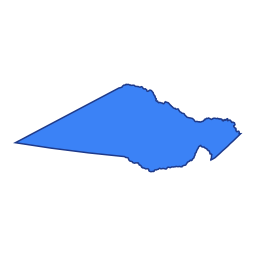 South Imenti, Eastern, Kenya
{"feature_id": "3690345B43224395015109", "entity_name": "South Imenti", "entity_type": "district", "adm_level": 2, "iso_a3": "KEN", "parent_name": "Kenya", "parent_adm1": "Eastern", "projection": "robinson", "projection_center": [37.719, -0.117], "detail": "fine", "context": "isolated", "style": "filled", "palette": "blue", "viewbox_px": 256, "rotation_deg": 0, "n_neighbors": 0, "source": "geoboundaries", "source_scale": "gbopen_adm2", "svg_char_len": 6045}
<svg xmlns="http://www.w3.org/2000/svg" viewBox="0 0 256 256"><path d="M15.4,142.7L51.6,148.2L88.9,152.9L124.6,156.6L125.6,157.4L126.0,157.5L126.7,157.5L127.8,157.8L128.3,158.1L128.4,158.4L128.5,159.0L128.9,159.9L129.5,160.7L129.9,161.0L131.3,161.4L132.3,161.8L132.6,162.2L132.8,162.6L133.2,162.8L134.8,163.2L135.5,162.9L135.9,162.8L136.8,162.9L137.5,162.8L138.0,162.8L138.1,163.3L138.4,163.7L138.8,163.9L139.1,164.4L139.2,164.9L139.5,165.1L140.0,165.1L140.4,165.2L140.8,165.5L141.1,166.0L141.2,166.4L141.8,167.3L142.3,167.3L142.5,167.8L143.1,167.9L143.5,167.9L144.2,168.2L144.8,168.3L145.4,168.8L146.0,168.9L146.4,168.8L146.8,168.7L147.3,168.7L148.2,168.9L148.6,169.3L148.8,169.6L148.8,170.2L149.0,170.8L149.4,171.2L150.3,171.5L150.9,171.7L151.6,171.6L152.0,171.5L152.5,171.4L152.9,171.5L153.4,171.5L153.8,171.4L154.1,171.2L154.3,170.8L154.3,170.4L154.6,170.2L154.9,170.0L155.3,169.8L155.7,169.8L156.0,169.9L156.4,169.9L157.1,169.5L157.8,169.4L158.2,169.3L158.6,169.0L159.0,168.6L159.5,168.3L160.0,168.4L160.7,168.8L161.0,168.8L161.7,168.8L162.7,168.5L163.1,168.5L163.7,168.5L164.1,168.6L165.6,169.0L166.1,169.0L166.5,168.8L167.1,168.0L167.4,167.5L168.2,167.2L168.6,167.2L169.7,167.5L170.1,167.7L170.4,167.6L171.4,167.1L171.9,166.9L173.5,167.0L173.8,167.0L174.2,166.8L175.3,166.8L176.0,166.4L176.6,166.5L177.1,166.6L178.2,166.7L178.9,166.5L179.4,166.4L180.2,166.7L181.1,166.8L181.8,166.8L182.1,166.7L182.1,166.3L182.3,166.1L183.1,165.8L183.6,165.5L184.0,165.4L185.2,165.2L185.7,165.0L186.9,163.1L187.3,162.7L187.4,162.3L187.8,162.0L188.2,161.9L188.5,161.6L189.5,161.2L189.9,160.6L190.2,160.3L190.7,160.2L191.1,160.6L191.5,160.5L191.8,160.2L192.2,160.0L192.3,159.5L192.5,159.0L192.9,158.9L193.2,158.4L193.9,157.9L194.1,157.3L194.1,156.8L194.3,156.3L194.6,155.9L194.9,155.4L195.0,154.9L195.1,154.5L195.1,153.4L195.5,153.0L195.8,152.9L196.2,152.3L196.4,151.6L196.7,150.6L197.3,149.6L197.6,148.9L198.0,148.5L198.2,148.0L198.3,147.6L198.9,146.5L199.5,146.3L200.0,145.7L200.3,145.5L200.7,145.5L200.8,146.0L201.3,146.2L202.1,147.0L202.6,147.0L203.0,147.0L203.4,147.1L204.0,147.0L204.8,147.9L206.0,148.4L206.3,148.7L206.8,148.8L207.0,149.1L207.1,149.5L207.3,149.8L207.8,150.0L208.0,150.5L209.2,150.9L209.4,151.2L209.4,151.5L209.5,151.9L209.9,152.9L209.9,153.4L210.1,153.9L210.6,153.8L210.9,154.1L211.3,154.1L211.6,154.4L211.8,154.7L211.5,155.7L211.5,156.8L211.4,157.9L210.8,159.5L210.9,160.0L211.2,159.8L212.6,159.1L214.0,158.3L215.0,157.7L219.8,153.4L222.5,150.8L224.8,148.8L227.8,146.1L230.0,143.8L233.0,141.1L240.6,133.7L240.3,133.7L239.4,134.0L239.1,133.7L239.1,133.3L239.3,132.8L239.2,132.2L239.0,131.6L238.7,131.2L238.2,131.2L237.6,131.4L237.2,131.7L236.8,131.7L236.5,131.5L236.3,131.0L235.7,129.9L235.9,129.6L236.1,129.2L235.9,128.7L235.8,128.3L235.4,128.1L235.1,128.1L234.9,127.8L234.5,127.5L234.2,127.1L233.9,126.8L233.7,126.4L233.7,126.0L233.8,125.7L234.3,125.6L234.6,125.3L234.9,124.8L235.0,124.4L234.7,124.0L234.5,123.0L234.2,122.7L233.9,122.7L233.1,122.2L232.7,122.1L232.5,122.3L232.0,122.5L231.7,122.3L231.4,121.9L231.2,121.2L230.8,121.0L230.3,120.5L230.1,120.1L229.8,120.1L229.3,120.1L228.8,120.2L227.9,120.7L227.7,120.3L227.8,119.9L227.8,119.5L227.7,119.0L227.4,118.7L227.0,118.8L226.7,119.2L226.0,119.6L226.0,119.9L225.9,120.2L225.5,120.2L225.2,119.9L224.9,119.6L224.5,119.9L224.3,120.2L224.0,120.0L223.6,120.0L223.6,120.6L223.2,120.9L222.8,120.6L222.3,120.5L222.1,119.7L221.6,119.1L221.1,119.1L220.6,119.1L220.2,118.8L219.8,118.9L219.4,119.1L219.1,119.0L218.9,118.6L218.5,118.6L218.2,118.7L217.8,118.6L217.5,118.3L217.0,118.5L216.2,118.6L215.8,118.5L215.4,118.4L215.1,118.2L214.6,118.2L213.3,118.3L212.8,118.8L212.5,118.7L212.1,119.1L211.7,119.2L211.3,119.4L211.0,119.2L210.6,119.1L210.3,118.9L209.9,118.6L209.1,118.3L208.7,118.0L208.3,118.1L207.9,118.4L207.4,118.5L207.1,118.4L206.6,118.3L206.1,118.7L205.7,119.1L204.9,119.2L204.8,119.7L204.7,120.0L204.2,120.0L203.5,120.7L203.3,121.0L202.9,121.3L202.3,121.4L201.3,121.7L201.0,121.9L200.7,121.9L200.3,122.1L199.8,122.1L199.5,121.8L199.0,121.7L198.5,121.9L198.1,121.8L197.0,121.4L196.5,121.5L196.1,121.5L195.5,121.6L195.1,121.4L194.7,121.0L194.4,120.6L194.2,120.1L193.8,119.7L193.5,119.5L193.2,119.2L192.9,118.8L192.6,118.5L191.7,118.3L190.6,118.0L189.7,117.9L187.1,117.3L186.5,116.6L184.9,115.1L184.4,114.1L184.1,113.7L183.7,113.5L183.1,113.4L181.9,113.1L181.6,112.9L181.1,112.4L180.7,112.1L180.1,111.9L179.7,111.5L179.2,110.6L178.7,110.2L178.6,109.7L178.5,109.3L178.0,108.9L176.4,109.2L175.8,109.1L175.5,108.7L175.3,108.4L174.9,108.5L174.4,108.4L173.9,108.1L173.4,108.0L173.2,107.8L172.5,107.0L172.2,106.7L171.8,106.6L171.5,106.2L171.1,105.6L170.7,105.5L170.3,104.9L170.0,104.7L169.0,103.5L168.2,102.7L167.4,102.6L167.1,102.4L166.8,102.2L166.5,102.1L166.1,102.2L165.7,102.2L165.3,101.8L164.7,102.4L164.6,102.7L164.3,103.0L164.1,103.4L163.8,103.7L163.0,103.6L162.5,103.4L162.2,103.0L161.6,103.0L161.2,102.9L160.8,102.7L160.3,102.6L159.9,102.4L159.6,102.4L159.2,102.5L158.9,102.7L158.5,102.6L158.2,102.2L157.9,102.0L157.5,101.0L157.1,101.0L156.9,101.3L156.4,101.0L156.1,100.7L155.9,100.4L155.9,100.0L156.3,99.1L156.2,98.7L155.4,97.9L155.2,97.5L155.1,96.1L154.7,95.9L154.4,95.7L154.1,94.9L153.9,94.6L153.6,94.2L153.1,92.5L152.8,92.3L152.5,92.0L152.2,91.5L151.5,90.7L150.8,90.3L150.3,90.2L150.0,90.1L149.6,90.2L149.3,90.4L149.0,90.7L148.1,91.2L147.7,91.3L147.3,91.2L146.8,90.8L146.7,90.2L146.6,89.8L145.9,89.3L145.6,89.1L145.3,88.8L145.0,88.9L144.1,88.9L143.5,88.7L143.2,88.5L143.0,88.2L142.5,87.2L142.1,87.0L141.6,86.7L141.1,86.7L140.7,87.0L140.1,87.2L139.7,87.2L139.2,87.0L138.4,86.6L138.0,86.5L137.6,86.6L137.1,86.4L136.6,86.4L136.2,86.4L135.8,86.4L135.5,86.4L135.1,86.2L134.9,85.9L134.3,85.4L133.9,85.2L133.5,85.2L133.1,85.3L132.6,85.3L132.2,85.2L131.1,85.4L130.7,85.3L130.2,84.9L129.4,85.0L128.8,84.5L128.4,84.4L128.1,84.4L127.6,84.4L126.9,84.7L126.3,84.3L125.9,84.4L125.5,84.8L125.1,85.0L124.5,85.1L124.0,85.1L123.7,85.2L122.5,86.2L122.2,86.7L121.9,87.2L121.3,87.3L120.9,87.6L120.5,87.6L119.6,87.9L119.1,87.9L15.4,142.7Z" fill="#3b82f6" stroke="#1e3a8a" stroke-width="1.5"/></svg>